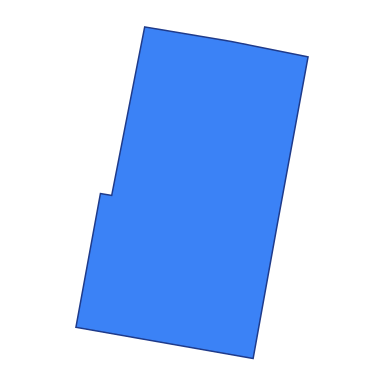 Champaign, Ohio, United States of America (Mercator projection), rotated 276°
{"feature_id": "52423323B54986091117207", "entity_name": "Champaign", "entity_type": "district", "adm_level": 2, "iso_a3": "USA", "parent_name": "United States of America", "parent_adm1": "Ohio", "projection": "mercator", "projection_center": [-83.777, 40.142], "detail": "fine", "context": "isolated", "style": "filled", "palette": "blue", "viewbox_px": 384, "rotation_deg": 276, "n_neighbors": 0, "source": "geoboundaries", "source_scale": "gbopen_adm2", "svg_char_len": 298}
<svg xmlns="http://www.w3.org/2000/svg" viewBox="0 0 384 384"><g transform="rotate(276 192 192)"><path d="M32.8,270.2L167.3,280.1L338.5,293.3L345.8,215.4L351.2,127.7L317.8,124.7L180.2,112.5L180.9,101.1L45.3,90.7L40.5,159.7L32.8,270.2Z" fill="#3b82f6" stroke="#1e3a8a" stroke-width="1.5"/></g></svg>